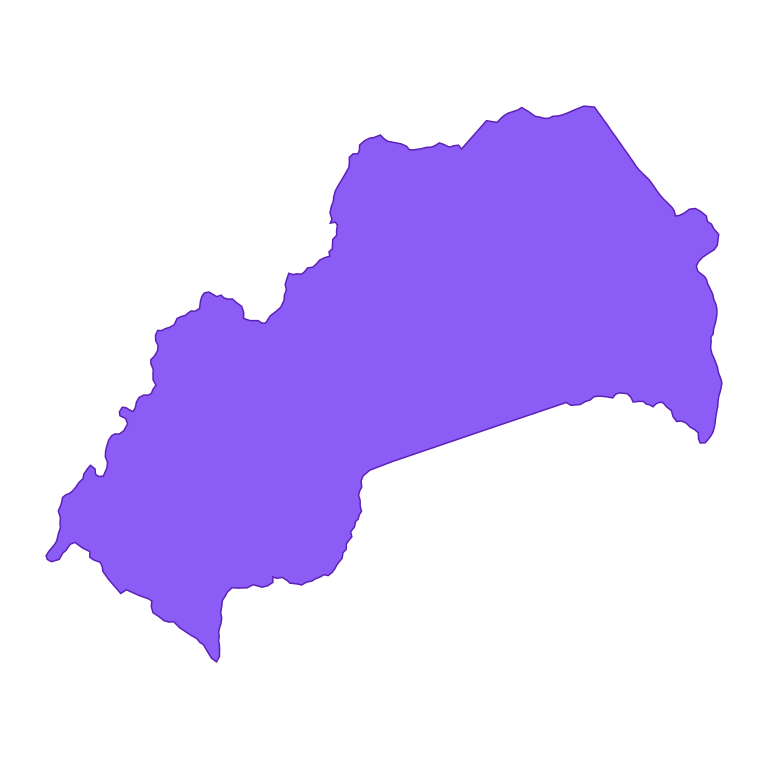 the district of Jacaraci, Bahia, Brazil
{"feature_id": "56859067B69691333207758", "entity_name": "Jacaraci", "entity_type": "district", "adm_level": 2, "iso_a3": "BRA", "parent_name": "Brazil", "parent_adm1": "Bahia", "projection": "robinson", "projection_center": [-42.339, -14.806], "detail": "fine", "context": "isolated", "style": "filled", "palette": "violet", "viewbox_px": 768, "rotation_deg": 0, "n_neighbors": 0, "source": "geoboundaries", "source_scale": "gbopen_adm2", "svg_char_len": 4921}
<svg xmlns="http://www.w3.org/2000/svg" viewBox="0 0 768 768"><path d="M380.4,135.0L376.5,136.5L373.4,137.7L369.7,138.1L364.9,140.5L359.6,145.0L359.4,150.4L357.8,153.8L353.1,153.8L349.3,157.4L349.4,162.9L348.8,167.7L346.8,171.0L344.6,175.0L342.1,179.2L340.2,182.4L337.8,186.3L335.3,191.0L333.8,196.4L333.3,201.4L331.3,206.5L330.0,213.0L331.9,219.1L330.3,223.1L335.3,222.2L337.4,225.1L336.6,230.4L336.6,235.4L332.8,239.4L332.5,243.8L332.3,248.8L329.0,251.8L329.8,256.2L324.3,257.8L319.5,260.2L316.9,263.4L312.9,267.1L307.6,267.9L304.4,271.9L301.5,274.2L296.6,273.8L293.2,274.6L288.8,273.3L286.9,278.8L285.2,284.3L286.4,289.8L284.4,295.1L284.1,300.2L280.8,307.2L275.7,311.7L270.2,315.9L267.6,319.9L265.6,323.1L261.9,323.1L258.2,320.6L253.6,320.6L250.0,320.6L243.6,318.4L243.7,312.4L241.6,306.3L236.1,302.3L232.5,299.0L227.9,299.1L223.9,297.9L221.2,295.2L216.6,296.6L213.5,294.7L208.9,292.0L204.3,292.9L201.8,296.6L200.5,301.0L199.5,308.5L194.9,311.3L191.2,310.9L188.1,313.0L185.2,315.5L181.0,316.6L177.1,318.4L174.2,324.7L169.7,327.3L165.2,328.7L161.7,330.6L157.7,330.4L155.5,335.2L155.7,340.7L158.1,345.5L157.5,350.8L154.2,356.4L150.9,359.6L150.9,363.9L153.2,369.3L153.0,375.1L153.1,379.9L156.0,385.1L153.1,389.1L151.2,393.7L147.8,395.2L143.9,395.0L139.0,397.5L136.4,402.2L135.4,407.3L133.2,411.6L129.5,409.9L126.2,407.8L122.3,407.2L119.4,411.8L119.9,415.7L125.6,418.5L127.6,423.8L125.7,427.3L123.6,430.9L119.0,434.2L115.2,433.8L111.7,435.7L108.7,440.1L107.1,445.1L105.6,451.0L105.3,456.7L107.5,462.2L106.9,468.0L105.3,471.5L103.3,476.1L98.9,476.5L95.6,474.4L95.0,468.9L90.4,465.3L87.3,469.0L83.8,474.2L83.1,478.5L79.0,482.4L75.4,487.7L72.4,491.1L69.4,493.5L66.1,494.6L62.6,497.4L61.1,504.5L58.3,510.9L60.4,517.7L60.0,523.3L60.4,527.9L58.5,533.4L56.7,540.9L54.7,544.3L51.9,547.7L48.7,551.5L46.1,555.8L47.3,559.4L51.4,561.7L59.2,559.4L62.7,553.1L66.0,550.4L70.1,544.3L75.0,542.4L82.7,548.1L89.9,551.6L89.7,557.1L93.4,559.8L100.2,562.3L102.2,566.6L102.9,571.4L108.8,579.7L117.3,589.4L120.7,593.5L126.4,589.8L139.6,595.7L148.0,598.6L151.8,600.9L151.3,606.5L153.0,612.7L158.1,616.0L164.2,620.8L169.3,622.1L173.5,621.6L177.0,625.0L179.7,627.8L191.3,635.5L196.8,638.6L199.9,642.4L203.2,644.5L211.5,658.2L216.5,661.9L219.4,656.7L219.6,650.6L219.4,644.8L218.6,640.6L219.2,636.9L218.7,632.3L219.4,628.3L221.0,623.4L221.7,617.9L220.7,612.9L221.5,607.8L222.4,600.5L225.2,596.1L227.4,592.1L232.0,587.7L237.7,588.1L242.5,587.9L246.9,587.9L253.2,584.7L257.9,586.0L262.1,587.2L267.6,585.8L272.9,582.4L272.8,577.0L276.9,578.3L282.1,577.4L287.2,580.5L289.8,583.1L293.3,583.5L297.7,584.0L301.5,585.0L306.3,582.3L312.0,581.0L315.6,578.7L320.1,577.0L324.1,574.7L328.1,575.6L332.0,572.6L334.7,569.0L337.1,564.4L342.1,558.3L343.0,552.7L346.3,549.3L346.4,543.9L349.4,539.7L351.9,536.8L350.6,531.9L354.5,526.9L355.6,521.5L358.2,519.1L359.3,514.7L361.5,511.4L360.2,506.1L360.1,500.3L358.6,495.4L359.5,491.4L361.7,487.1L361.1,480.9L362.9,476.1L365.7,473.7L369.6,470.3L391.9,461.7L416.5,453.3L495.0,426.6L566.3,402.5L570.9,405.3L575.0,405.0L579.9,404.6L585.5,401.5L590.2,400.0L593.9,396.7L599.0,396.1L606.1,396.7L612.8,397.9L615.4,394.4L618.9,392.9L623.6,393.3L627.1,393.7L630.7,396.9L633.2,402.1L638.4,401.4L643.2,401.4L646.2,404.0L649.7,404.9L653.1,406.8L655.7,404.0L659.4,402.3L662.9,402.6L666.7,407.0L671.3,410.5L673.1,416.8L676.7,421.5L681.4,421.0L686.2,423.1L690.3,427.3L694.7,429.6L698.3,432.9L698.5,438.8L700.2,443.0L705.2,442.8L708.5,439.0L711.1,435.5L712.9,432.2L714.3,427.5L715.1,422.9L715.6,418.1L716.8,411.2L717.7,406.8L718.1,400.9L718.8,396.3L720.3,391.2L721.9,383.6L721.2,379.7L719.7,376.0L718.3,372.1L717.4,367.0L715.3,361.4L713.9,357.9L712.0,353.9L710.6,348.0L711.1,341.7L710.9,337.1L713.1,334.0L713.7,328.7L715.6,322.0L716.8,315.6L716.9,309.3L715.9,304.4L713.7,299.0L712.8,294.3L710.4,289.3L707.6,283.6L706.5,279.6L704.4,276.4L701.4,274.2L697.9,271.3L696.3,266.0L698.7,261.4L702.7,257.2L708.0,253.6L714.2,249.7L717.3,245.3L718.0,240.0L718.7,234.4L713.7,228.7L711.5,224.1L707.5,221.6L706.3,216.0L700.5,211.3L695.4,208.5L689.4,209.2L684.4,213.0L679.7,215.3L675.6,216.0L674.1,210.7L672.1,207.5L668.4,203.8L663.6,199.1L659.4,194.3L656.4,190.1L654.3,187.0L652.1,183.8L649.4,180.1L646.0,176.7L642.9,173.8L639.3,170.2L635.9,166.0L633.0,161.4L630.4,157.9L627.8,154.0L625.3,150.7L623.1,147.5L620.9,144.2L618.3,140.6L615.8,136.9L613.2,133.5L610.1,129.1L607.0,124.3L604.0,120.5L601.5,116.7L598.5,112.8L594.5,107.1L583.9,106.1L580.3,107.5L574.8,109.8L570.9,111.5L566.9,113.2L562.9,114.7L558.4,115.9L552.8,116.3L549.1,118.2L544.6,118.4L539.6,117.1L535.1,116.3L528.8,111.7L524.8,109.4L521.7,107.5L517.8,110.0L512.5,111.7L508.0,113.2L503.7,115.9L500.5,118.8L497.1,122.4L486.5,120.7L461.5,149.0L458.6,145.2L454.7,145.6L449.2,147.1L443.7,144.4L439.4,142.9L434.9,145.7L431.5,147.1L426.8,147.3L420.8,148.8L412.9,149.9L409.3,149.7L406.6,146.3L401.0,143.8L387.7,141.3L384.2,138.9L380.4,135.0Z" fill="#8b5cf6" stroke="#5b21b6" stroke-width="1.5"/></svg>